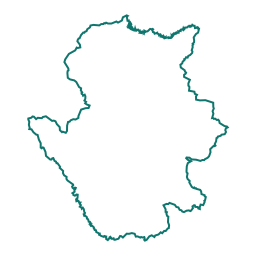 La Convencion, Cusco, Peru (Mercator projection)
{"feature_id": "86281439B48996208982152", "entity_name": "La Convencion", "entity_type": "district", "adm_level": 2, "iso_a3": "PER", "parent_name": "Peru", "parent_adm1": "Cusco", "projection": "mercator", "projection_center": [-72.836, -12.335], "detail": "fine", "context": "isolated", "style": "outline", "palette": "teal", "viewbox_px": 256, "rotation_deg": 0, "n_neighbors": 0, "source": "geoboundaries", "source_scale": "gbopen_adm2", "svg_char_len": 5738}
<svg xmlns="http://www.w3.org/2000/svg" viewBox="0 0 256 256"><path d="M146.7,239.8L149.3,236.4L151.7,235.3L154.4,237.0L155.2,235.5L158.5,234.5L160.7,232.3L162.2,233.2L164.2,230.9L165.7,231.0L167.7,228.5L168.8,228.1L169.1,225.2L168.0,222.1L168.3,216.6L167.1,215.9L166.4,213.7L166.9,212.2L165.6,211.9L165.6,209.2L163.5,205.3L166.5,203.9L168.2,204.1L169.5,202.9L174.8,204.8L176.4,207.0L178.4,207.4L179.6,209.8L181.4,210.3L182.2,211.5L184.0,212.1L186.5,210.7L188.9,210.4L190.3,211.1L190.9,210.8L192.9,208.2L192.5,206.4L194.1,205.2L194.9,205.4L195.3,206.9L197.7,207.0L198.3,208.5L199.8,209.0L199.7,207.3L200.6,204.6L203.2,205.1L204.7,201.8L204.3,200.8L205.1,200.1L205.8,197.0L204.7,196.3L204.6,195.2L201.5,194.1L201.1,191.3L200.2,189.9L196.2,188.8L195.9,188.2L195.0,188.4L194.3,187.5L193.5,188.0L191.8,186.9L189.3,182.4L189.7,181.0L187.6,179.0L186.9,176.9L187.6,173.3L186.7,172.6L186.5,171.2L186.8,166.3L187.8,163.1L190.9,161.3L187.8,159.8L186.2,158.2L186.6,157.5L189.5,157.7L191.6,159.4L196.1,159.7L200.4,160.9L202.5,160.0L204.2,160.1L204.9,159.2L207.6,157.8L209.1,156.2L210.5,152.2L210.2,149.2L213.5,146.0L214.6,146.2L215.5,145.6L214.7,144.2L216.1,141.3L216.5,138.1L217.5,137.7L217.8,136.6L220.7,135.8L221.5,134.7L224.7,134.2L226.0,132.0L225.3,130.2L225.6,129.0L226.2,128.1L227.7,127.4L226.9,126.5L224.6,126.1L219.6,123.0L219.2,120.9L218.2,119.7L216.9,120.0L215.0,118.6L213.9,118.9L213.0,118.0L212.1,118.1L213.4,113.7L212.6,111.2L213.8,108.5L213.3,106.9L213.2,102.7L205.4,100.2L199.8,100.4L196.1,99.6L196.0,96.5L197.0,94.8L194.8,93.8L194.4,91.7L189.0,90.7L189.4,87.9L189.3,86.6L188.4,85.7L188.4,83.3L189.9,79.8L184.1,76.9L184.1,74.8L185.7,73.6L186.1,72.6L185.0,71.6L184.7,70.3L180.8,67.5L180.4,64.7L182.2,63.4L182.7,61.6L184.4,60.2L184.2,59.2L185.3,58.8L186.1,57.2L187.6,57.6L188.3,55.9L190.2,55.0L192.2,52.9L192.4,51.4L191.7,50.3L192.7,47.2L192.5,45.4L193.2,44.5L192.6,43.8L194.0,42.4L194.2,40.8L193.7,37.4L195.9,34.1L198.1,32.6L199.0,28.7L198.1,28.6L198.0,27.5L197.2,27.1L196.8,27.8L195.0,28.1L194.6,25.8L193.6,25.8L192.3,24.8L191.5,26.3L190.7,26.6L190.8,25.8L189.3,25.8L189.2,26.5L188.2,26.4L187.0,27.5L185.1,27.5L184.5,28.9L183.9,28.3L183.6,29.1L183.3,28.4L182.9,29.8L182.1,29.3L180.9,29.6L180.7,31.0L179.7,30.7L179.1,31.6L178.3,31.3L178.4,32.7L177.6,32.5L176.9,33.2L176.4,32.6L175.9,33.4L175.3,32.9L174.6,33.5L175.2,33.9L174.1,34.5L173.5,33.6L173.0,34.1L173.6,34.4L173.3,35.0L172.8,34.8L172.4,35.3L172.7,36.2L172.2,36.6L171.7,35.9L171.8,37.2L171.1,37.2L170.9,38.0L170.1,38.0L170.1,36.6L169.9,37.6L168.6,37.8L168.8,39.0L168.2,37.3L165.4,38.0L165.5,37.2L164.2,38.2L163.9,37.8L164.5,37.3L163.5,36.0L162.8,38.1L162.9,37.0L161.2,36.7L161.9,35.9L161.3,35.4L160.5,35.7L160.3,34.6L159.1,35.4L158.7,34.0L157.3,33.6L157.2,32.7L154.6,33.7L153.9,32.2L152.9,32.0L152.4,30.0L153.1,29.3L152.6,28.9L152.0,29.2L152.1,30.3L151.5,29.2L150.1,28.9L147.6,31.3L145.6,31.7L144.5,32.6L145.0,31.0L144.3,30.6L144.0,32.7L143.5,31.8L142.7,32.1L142.4,31.6L141.7,32.1L141.8,33.1L139.8,32.8L140.7,31.6L139.7,31.5L139.7,30.5L138.8,30.7L138.2,29.7L136.5,30.6L136.5,29.7L135.5,29.8L135.1,28.4L134.7,29.9L132.3,28.5L131.6,28.9L132.2,29.7L131.0,29.2L130.9,28.5L132.2,27.5L131.8,26.9L129.8,28.1L129.4,27.2L128.2,27.6L127.8,27.1L129.2,26.6L128.4,25.5L129.9,25.1L130.2,26.4L131.0,24.9L128.8,24.6L129.0,23.5L130.7,23.2L129.8,21.7L128.7,21.4L128.7,20.5L127.5,20.7L126.8,16.6L127.7,15.9L126.7,15.4L122.9,17.3L121.9,20.5L118.0,22.6L116.4,21.5L111.5,23.5L107.9,23.5L106.1,22.7L105.4,23.4L104.2,23.1L103.5,24.0L101.2,24.1L99.3,25.4L93.4,24.9L90.5,25.5L89.9,27.4L87.3,29.2L86.5,31.2L85.0,31.7L84.4,32.7L83.3,32.5L81.0,35.1L79.6,38.3L78.6,38.5L77.7,40.0L77.4,41.3L79.9,44.7L80.3,47.4L77.7,48.0L76.7,47.6L75.2,50.4L68.9,53.9L65.2,59.4L64.4,62.1L68.3,68.4L68.5,70.4L67.6,71.1L67.4,73.0L67.8,77.8L70.0,79.4L74.3,80.4L76.3,82.0L79.1,87.1L81.1,88.3L80.8,90.3L82.2,92.4L81.5,93.0L81.7,93.9L82.7,94.5L83.1,95.7L84.7,94.7L85.4,96.3L85.3,98.8L84.4,100.6L86.1,101.8L85.1,103.3L86.8,104.5L89.6,105.5L88.6,108.0L85.5,108.2L81.1,109.6L78.4,116.2L78.4,117.9L75.6,119.5L73.3,119.2L70.7,120.3L69.6,121.7L68.1,121.9L67.1,125.6L67.0,130.9L65.8,132.8L62.8,131.7L62.0,132.2L59.9,130.2L59.7,127.1L56.9,124.2L55.5,121.3L53.8,120.6L52.1,120.9L45.9,116.3L42.9,117.0L41.8,118.2L37.8,117.8L36.1,119.1L33.9,116.7L32.5,116.5L31.4,117.7L28.3,118.5L28.3,119.5L29.3,121.8L28.9,124.8L29.7,127.9L29.3,129.1L31.5,129.3L33.4,132.2L36.2,134.6L37.6,134.9L38.9,139.7L40.7,143.2L40.7,147.6L41.7,148.3L42.7,147.4L43.6,147.7L45.5,152.0L46.0,155.9L50.2,159.5L51.5,159.5L52.3,158.3L53.3,158.1L54.6,161.0L56.0,161.6L56.5,163.2L57.5,163.2L60.1,166.8L59.7,167.9L63.1,170.9L63.0,173.2L64.1,175.3L66.6,176.9L66.4,178.8L67.4,180.4L73.1,184.5L73.2,185.3L72.1,186.5L72.5,187.7L73.4,188.5L75.0,187.6L75.8,187.9L75.3,189.2L74.4,189.7L74.6,191.7L72.5,193.1L73.3,193.7L73.4,195.0L74.9,195.7L76.6,194.5L77.7,194.7L77.5,198.0L76.1,199.3L76.4,201.3L77.0,201.2L77.5,200.2L78.8,201.3L79.1,202.6L80.4,202.6L79.8,204.0L80.9,205.1L79.8,206.7L81.4,207.5L81.8,208.7L82.8,207.7L83.8,209.2L84.3,212.1L85.0,212.9L84.7,213.7L83.7,214.2L84.3,215.9L85.2,215.7L86.9,217.2L86.9,218.6L88.1,219.3L88.7,221.7L89.9,221.8L90.5,222.6L89.8,223.8L91.0,224.0L90.3,225.0L91.0,226.0L92.1,225.7L93.9,227.4L93.8,228.6L94.6,229.1L94.7,230.0L96.0,230.3L96.3,232.1L98.9,233.3L99.1,234.4L99.8,234.0L99.9,235.1L101.3,236.0L103.6,236.8L104.3,236.0L106.1,236.5L105.7,237.4L106.4,238.1L106.2,239.0L107.8,240.1L108.9,238.6L109.8,238.4L109.6,237.3L110.3,236.8L112.0,238.9L113.6,238.3L114.2,239.7L114.9,239.8L118.5,238.7L120.1,236.0L121.3,236.2L122.9,237.5L126.7,233.7L129.1,233.8L131.8,233.1L134.7,233.8L135.8,236.6L137.6,236.4L140.3,237.6L141.1,237.0L142.4,237.5L144.3,237.1L144.7,238.3L144.2,239.8L144.9,240.6L146.7,239.8Z" fill="none" stroke="#0f766e" stroke-width="2"/></svg>